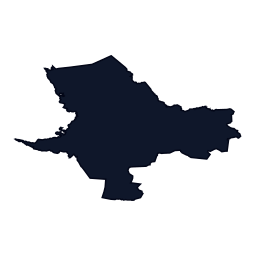 the district of Ezernieku pag., Dagdas, Latvia
{"feature_id": "27541924B52024011130433", "entity_name": "Ezernieku pag.", "entity_type": "district", "adm_level": 2, "iso_a3": "LVA", "parent_name": "Latvia", "parent_adm1": "Dagdas", "projection": "equal_earth", "projection_center": [27.647, 56.178], "detail": "fine", "context": "isolated", "style": "filled", "palette": "ink", "viewbox_px": 256, "rotation_deg": 0, "n_neighbors": 0, "source": "geoboundaries", "source_scale": "gbopen_adm2", "svg_char_len": 5731}
<svg xmlns="http://www.w3.org/2000/svg" viewBox="0 0 256 256"><path d="M231.0,109.2L229.8,108.9L227.0,109.5L217.2,109.8L216.1,109.5L215.0,110.0L214.4,110.7L213.7,110.9L213.4,110.6L212.8,110.6L212.6,110.2L212.0,110.6L211.4,110.5L210.4,109.6L209.7,109.6L209.7,109.0L209.3,109.3L208.4,108.8L206.4,108.3L206.4,107.3L206.5,107.1L205.6,106.9L205.6,106.4L204.9,106.6L204.6,106.5L203.4,107.1L202.5,106.7L201.8,107.3L199.8,107.6L199.4,107.8L199.8,108.1L198.9,108.3L198.9,108.6L198.0,108.6L198.2,108.2L197.7,108.4L197.0,107.9L196.6,108.1L196.6,108.4L196.3,108.3L196.2,108.6L195.8,108.5L195.6,108.6L195.8,108.8L195.4,108.9L194.9,108.7L194.7,109.3L193.8,108.7L192.4,109.2L189.8,109.1L188.8,110.3L184.9,111.6L184.2,111.4L183.7,110.8L181.0,110.2L181.0,109.7L181.4,109.2L181.4,108.6L180.8,108.4L181.0,107.3L180.7,107.2L180.8,106.9L178.9,105.9L178.7,105.5L177.8,105.4L177.1,104.9L176.3,105.3L174.1,105.2L173.8,105.8L172.8,106.1L172.1,106.7L171.4,106.6L170.4,107.0L167.6,106.3L167.2,106.9L166.7,106.7L166.3,106.8L166.1,106.5L166.1,105.8L166.5,105.7L166.3,105.4L165.0,104.7L164.9,104.4L164.3,104.1L164.0,102.8L163.7,102.9L162.8,102.0L162.3,102.2L161.8,102.0L158.6,100.8L158.0,100.0L158.0,98.6L157.4,97.8L157.2,96.6L156.7,95.8L154.6,94.9L154.8,94.3L154.1,94.1L153.9,93.4L153.1,93.1L153.1,92.6L150.9,90.3L150.9,89.4L145.2,82.5L144.3,82.2L143.2,82.6L141.6,82.6L141.3,83.1L139.7,83.5L138.6,83.3L137.6,83.6L136.6,83.4L136.2,82.4L135.6,82.2L134.7,82.5L133.7,82.1L133.6,81.7L132.3,80.6L132.0,79.7L132.1,76.8L130.4,76.4L130.8,75.8L131.2,75.8L131.6,75.3L132.4,75.1L132.3,74.6L132.5,74.2L132.1,73.8L131.3,73.6L130.3,72.2L127.6,71.4L126.9,70.9L126.6,70.3L126.8,69.2L125.2,67.4L111.2,55.8L92.1,64.4L69.9,67.3L58.6,68.5L55.8,69.1L52.8,66.3L52.9,67.2L52.4,67.5L51.8,67.3L51.3,68.1L51.5,68.5L52.2,68.5L52.2,69.0L52.7,69.5L51.3,69.8L50.3,70.4L49.7,70.0L48.0,70.1L47.8,69.8L48.0,69.0L47.8,68.8L46.4,68.8L45.8,68.4L44.6,68.4L45.1,69.2L46.3,70.4L46.3,71.4L47.2,72.2L47.6,73.6L46.9,74.7L47.2,75.2L47.2,76.2L47.6,76.8L47.9,77.9L50.2,80.4L50.9,82.2L53.2,83.7L54.5,86.3L54.8,87.6L55.9,88.4L55.9,89.3L55.3,90.5L56.2,93.4L59.2,95.9L59.3,95.0L59.8,94.5L59.7,93.4L61.0,93.2L62.2,93.6L63.3,93.4L63.2,93.8L62.3,94.6L63.8,95.2L64.4,95.9L64.2,96.2L62.8,96.4L62.4,95.9L61.0,95.5L60.0,95.7L59.5,96.2L59.6,96.6L60.4,97.5L59.9,98.6L60.7,99.3L60.4,99.5L60.4,100.4L59.6,101.3L59.4,101.8L60.1,102.6L63.1,103.2L64.8,103.8L64.4,105.2L64.7,105.6L64.6,105.9L63.3,107.4L64.5,108.0L67.2,108.5L67.5,109.1L67.1,109.3L67.2,109.7L66.8,109.9L67.1,110.2L67.0,110.7L68.0,111.4L69.4,111.7L70.3,111.1L71.4,111.3L71.8,111.7L73.5,111.7L74.7,111.3L76.1,111.5L76.2,112.3L76.9,112.7L76.9,112.9L75.3,113.0L76.6,113.6L76.5,114.1L76.9,114.3L76.5,114.6L77.0,115.3L76.5,115.3L76.5,115.6L77.1,115.6L77.0,115.9L77.5,116.2L75.5,117.4L75.9,118.2L75.4,118.6L75.6,118.9L74.6,119.7L74.6,120.1L73.7,121.0L72.0,121.4L70.4,124.1L68.5,124.8L68.1,125.4L68.2,125.9L68.8,126.4L69.6,126.7L68.8,126.7L68.7,127.1L69.2,127.5L70.0,127.5L69.2,127.8L68.5,128.6L67.3,128.9L66.5,130.3L65.4,130.6L65.2,131.1L64.9,131.2L64.9,130.7L64.1,130.2L63.2,130.3L61.5,129.8L60.8,128.5L61.4,128.6L62.2,127.9L61.0,127.8L60.8,127.4L60.4,127.6L60.4,127.9L59.5,128.7L59.6,129.5L60.0,129.4L60.8,130.1L61.8,130.5L63.4,130.8L64.1,132.1L65.2,132.0L65.9,132.4L64.9,134.4L64.1,134.7L64.3,134.1L64.2,134.0L63.0,134.1L62.1,133.5L61.1,133.6L60.7,132.7L61.0,132.0L60.8,131.8L60.1,131.9L59.1,132.5L57.3,132.0L56.0,132.5L55.7,133.4L56.9,134.4L58.8,134.5L59.3,134.8L59.6,135.2L60.2,134.9L60.4,135.4L61.3,135.7L60.9,136.3L60.0,137.0L58.4,136.8L58.0,137.0L57.6,137.6L56.4,137.9L55.1,137.5L53.2,137.7L51.5,138.6L50.1,138.3L48.7,139.1L47.4,139.1L46.2,139.5L45.2,139.2L42.4,139.9L38.4,139.4L37.5,140.2L36.5,141.9L34.9,143.2L32.2,142.8L31.1,143.0L28.8,142.0L27.8,142.5L27.1,141.9L25.7,141.3L24.7,141.5L23.7,141.2L23.1,140.6L18.9,139.7L16.6,139.5L15.7,139.0L15.4,139.1L16.0,139.4L15.8,139.7L16.0,139.9L17.9,140.7L19.0,141.5L22.1,141.3L22.8,142.4L24.2,142.9L24.5,143.5L25.5,144.0L26.7,145.1L27.5,145.0L27.5,144.7L32.3,147.2L33.5,146.9L33.4,148.3L33.8,148.8L37.7,149.5L39.0,150.2L40.3,150.1L41.6,150.8L44.8,150.7L46.4,150.9L49.6,150.0L50.9,151.0L52.2,151.1L53.0,152.1L54.2,152.7L57.4,153.3L58.6,152.8L58.6,152.5L59.1,152.3L59.7,151.2L60.1,150.9L63.4,151.8L67.0,151.7L67.2,151.9L67.1,152.7L68.6,154.0L68.9,154.9L68.3,155.9L69.4,157.2L69.3,157.7L70.2,157.6L73.9,154.2L76.0,157.0L77.0,156.6L77.3,160.3L78.7,162.0L81.1,166.5L81.9,167.1L83.5,169.1L90.1,178.1L105.8,179.2L105.2,187.1L104.1,191.7L102.2,197.5L110.8,199.2L115.0,199.5L116.9,198.8L118.0,199.1L120.1,198.9L121.4,199.7L122.4,199.3L123.5,200.0L125.7,199.6L127.2,199.9L131.5,199.9L131.7,200.2L133.9,200.1L135.2,199.0L140.5,197.6L142.9,193.5L142.0,192.7L141.9,191.3L138.8,190.1L137.2,187.8L138.1,186.4L140.4,184.1L130.6,182.8L131.8,180.5L132.6,178.3L132.7,176.0L129.1,173.7L127.8,170.1L129.2,167.3L131.6,166.8L146.1,166.2L148.7,164.8L150.0,164.8L150.1,163.3L151.5,161.9L154.7,161.5L156.2,157.3L156.3,156.3L157.2,155.6L157.4,155.1L157.4,153.8L157.6,153.3L159.5,152.9L161.9,153.4L162.7,153.2L169.8,152.9L174.9,150.5L180.1,150.2L180.9,151.1L180.8,151.5L181.9,152.4L182.0,152.7L186.4,154.9L188.1,155.4L188.9,156.2L191.0,157.4L206.8,159.0L210.1,154.4L207.6,152.1L208.2,150.7L210.3,151.3L214.5,149.1L216.4,148.6L219.7,150.2L221.8,151.7L225.5,151.1L227.1,151.1L228.5,140.3L227.4,139.9L227.4,139.2L227.7,138.7L229.6,138.8L230.5,137.8L233.9,137.3L235.4,136.8L237.3,137.1L238.0,138.0L238.6,138.0L240.6,136.2L239.7,133.8L237.1,132.2L237.0,131.8L237.5,131.5L237.6,130.6L235.6,130.2L234.9,129.3L234.4,129.1L234.1,128.6L232.3,128.4L230.4,127.8L227.5,125.9L226.7,124.8L227.0,123.8L230.5,122.7L231.3,121.3L231.7,121.2L231.4,114.7L233.2,113.8L233.3,113.0L234.0,111.7L231.0,109.2Z" fill="#0f172a" stroke="#020617" stroke-width="1.5"/></svg>